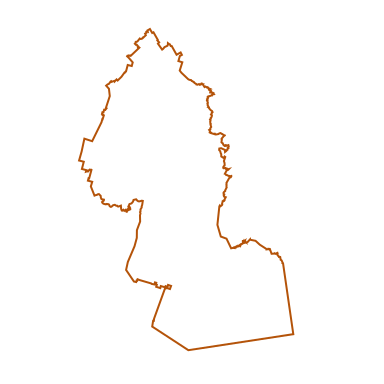 the district of Meander Valley, Tasmania, Australia, rotated 276°
{"feature_id": "25037944B18161391001525", "entity_name": "Meander Valley", "entity_type": "district", "adm_level": 2, "iso_a3": "AUS", "parent_name": "Australia", "parent_adm1": "Tasmania", "projection": "orthographic", "projection_center": [146.595, -41.65], "detail": "fine", "context": "isolated", "style": "outline", "palette": "amber", "viewbox_px": 384, "rotation_deg": 276, "n_neighbors": 0, "source": "geoboundaries", "source_scale": "gbopen_adm2", "svg_char_len": 6078}
<svg xmlns="http://www.w3.org/2000/svg" viewBox="0 0 384 384"><g transform="rotate(276 192 192)"><path d="M251.0,219.2L251.8,218.6L251.8,217.9L252.9,215.9L252.9,215.4L253.6,214.3L253.2,213.1L252.4,212.2L251.7,209.8L251.7,209.3L252.4,208.7L252.3,208.2L251.9,208.2L252.6,204.5L253.0,204.6L253.2,203.4L254.2,203.6L255.5,202.6L256.2,203.7L257.3,203.5L258.7,204.3L261.0,203.3L261.6,203.6L262.0,203.1L264.1,202.7L264.8,203.0L266.0,202.3L266.8,203.1L267.6,202.9L268.1,203.4L269.0,203.7L270.4,203.8L271.0,202.8L272.5,203.5L272.9,203.4L273.6,204.1L274.6,203.5L275.4,202.0L277.0,200.3L277.5,200.2L278.0,199.3L278.3,199.7L280.1,198.4L281.2,198.5L281.5,198.1L282.7,198.4L284.5,197.4L284.7,197.8L285.6,197.4L285.7,197.8L286.9,197.6L287.1,198.1L288.0,198.3L288.5,197.8L288.8,198.1L289.6,200.5L290.4,201.4L290.3,201.8L291.0,201.9L291.5,203.5L291.9,203.1L292.5,203.2L292.9,202.3L292.9,199.7L293.6,199.8L293.7,200.4L294.0,200.5L294.7,199.5L295.2,199.9L295.5,198.1L296.6,197.8L296.7,198.1L296.9,197.4L297.5,197.2L297.4,196.2L297.9,196.0L297.8,195.5L298.3,194.3L297.7,193.5L299.8,191.8L300.3,191.9L300.2,191.3L301.0,190.4L300.7,189.8L300.0,189.8L299.4,188.6L300.1,187.7L299.3,186.3L299.4,185.2L299.8,185.1L300.7,183.1L301.5,182.5L301.5,182.0L302.3,180.9L302.4,180.1L303.2,179.4L303.3,177.6L303.8,176.4L309.5,169.0L311.5,167.1L320.0,168.8L320.8,164.8L326.0,165.7L327.3,167.6L329.6,166.1L326.9,162.3L335.0,156.6L334.9,155.6L336.5,154.6L336.8,154.0L336.1,154.8L337.5,152.5L336.0,152.6L334.9,152.3L333.2,149.5L331.4,148.4L330.5,147.4L336.0,142.6L337.4,143.7L339.1,141.7L339.7,142.1L346.8,137.0L346.0,135.8L349.7,133.1L348.0,130.8L346.8,131.2L347.0,130.5L346.6,129.8L345.5,130.0L344.6,128.8L343.1,129.7L340.0,127.0L340.2,126.9L339.5,126.4L338.8,125.2L338.8,124.8L339.2,124.0L336.2,122.1L335.6,121.3L335.5,120.5L335.1,120.2L334.2,120.3L333.5,119.7L332.5,120.9L332.6,121.8L332.0,122.4L330.9,122.8L331.9,123.7L330.6,123.2L330.0,124.5L321.0,116.8L321.4,116.1L320.9,115.3L321.2,114.5L320.5,113.3L320.7,112.6L318.9,115.0L314.7,119.5L311.0,118.9L311.6,114.8L305.1,113.8L305.1,113.5L303.5,112.6L303.6,112.3L299.2,109.8L295.1,106.4L296.1,105.2L293.8,103.5L294.4,103.2L293.0,100.2L293.7,99.9L293.5,99.6L290.8,98.0L290.2,96.8L288.8,95.5L286.0,98.6L278.8,100.2L266.2,97.5L266.1,98.1L264.5,97.1L264.6,96.0L262.0,95.6L262.0,94.6L260.1,94.3L259.7,95.2L259.2,95.1L259.0,96.3L255.0,95.5L255.1,95.2L251.9,94.7L232.1,87.4L233.8,79.4L220.7,78.0L211.5,76.4L210.8,81.2L203.4,80.1L202.7,84.6L201.1,84.4L201.4,85.0L201.6,86.6L202.3,87.0L202.6,86.8L202.8,87.3L203.5,87.8L203.3,88.2L203.7,89.2L203.5,89.7L194.8,88.3L194.9,87.7L192.4,87.3L191.7,91.7L187.0,90.8L178.2,95.4L178.9,96.7L179.1,97.6L179.8,98.4L180.2,99.6L178.6,101.6L176.9,101.9L175.4,102.8L175.2,105.2L174.3,105.2L172.6,103.6L171.9,104.0L171.1,105.1L170.7,107.2L171.1,107.9L170.9,108.5L171.1,109.2L171.1,108.4L171.2,108.7L171.1,110.4L170.8,110.8L169.2,111.7L168.7,112.9L169.2,113.7L170.6,114.9L171.2,116.6L170.4,118.1L170.5,119.1L169.9,119.6L169.8,120.3L171.0,122.7L167.8,123.3L166.2,124.1L166.1,124.5L167.2,125.6L166.2,126.6L167.3,127.8L165.7,128.6L165.5,129.2L166.5,129.6L168.1,129.7L168.7,130.3L168.3,131.5L167.8,131.5L168.3,132.4L169.5,132.2L170.7,131.4L170.5,130.5L170.7,130.2L173.5,131.1L174.3,133.0L176.2,134.3L178.0,134.7L178.9,137.2L177.6,138.6L177.1,139.7L177.2,140.8L178.1,143.0L178.0,144.0L174.0,143.8L172.2,143.4L171.7,143.6L170.4,143.2L169.4,142.6L167.2,142.8L166.6,142.4L165.3,143.0L163.4,142.7L157.2,143.5L148.3,141.2L140.6,141.9L132.0,140.5L115.7,135.5L107.6,134.6L96.9,143.6L96.6,145.9L98.2,146.2L98.1,146.8L99.5,147.0L99.0,148.8L96.8,161.0L96.4,161.4L96.1,164.3L98.2,164.6L98.0,165.9L96.3,165.5L96.1,166.7L94.0,166.3L93.1,170.5L95.2,170.8L94.4,175.4L95.6,175.6L95.2,177.6L97.1,177.9L96.4,181.0L93.2,180.2L93.9,177.0L92.8,175.1L62.0,167.5L59.9,167.5L59.9,166.8L54.0,166.5L34.3,204.9L61.2,307.6L130.6,290.0L130.8,289.4L131.1,289.5L133.0,288.5L133.6,288.0L133.8,287.3L136.6,286.5L136.7,285.9L136.5,285.3L137.1,285.0L137.4,284.4L139.2,282.9L139.7,283.6L140.4,283.3L139.2,281.3L139.7,280.5L139.3,280.0L138.9,277.6L143.2,275.5L142.9,275.0L143.2,274.7L143.2,274.1L143.5,274.3L143.5,273.7L143.0,273.5L142.7,272.2L143.0,272.2L146.7,264.9L150.1,260.3L150.6,254.8L151.0,254.7L147.9,252.4L147.9,252.0L147.3,250.6L147.6,250.6L147.6,250.1L147.8,250.3L147.7,250.5L148.0,250.3L148.4,250.6L148.1,250.3L148.0,249.9L148.1,249.6L148.6,249.5L148.3,249.9L148.9,249.9L148.6,249.3L148.9,249.4L148.3,248.7L148.7,248.5L148.6,247.7L147.3,247.8L147.7,248.3L147.3,248.2L147.2,248.5L147.8,248.7L147.5,248.8L147.7,249.4L147.1,249.4L146.7,248.8L147.0,248.5L146.7,248.5L145.6,247.3L145.4,246.3L143.9,245.8L144.6,245.4L142.5,242.9L142.7,242.3L142.4,242.1L142.3,242.6L142.0,241.8L141.6,241.5L141.5,241.0L141.8,241.2L141.7,241.3L142.1,241.4L141.3,240.4L141.2,239.8L141.4,239.6L140.9,239.0L140.7,239.2L140.7,238.6L140.1,236.8L149.2,231.2L150.7,225.3L162.0,220.7L180.6,220.7L181.5,221.1L180.8,221.8L181.9,223.0L182.6,223.4L183.8,223.1L185.6,223.6L186.0,223.4L186.6,224.0L186.4,224.6L186.5,224.9L187.3,225.3L187.8,225.1L190.3,226.1L190.5,224.8L191.4,224.4L191.4,224.1L192.3,223.8L193.1,224.3L193.6,223.6L194.4,223.4L195.2,223.7L196.4,224.9L197.0,224.8L200.2,226.0L200.7,225.7L202.1,225.7L202.7,225.4L203.4,225.6L204.6,225.3L209.9,227.6L210.7,229.0L212.0,229.6L212.2,230.2L212.2,229.6L211.7,228.9L211.9,227.4L211.8,226.6L212.5,225.1L212.4,224.3L213.5,223.2L213.6,222.8L217.2,224.3L217.8,225.6L218.7,226.3L218.2,225.0L219.0,224.3L219.1,223.5L218.7,223.2L219.4,222.7L219.1,221.9L219.3,221.3L219.0,221.0L219.3,220.5L220.4,220.6L222.1,221.7L224.3,221.3L226.1,220.5L230.3,221.4L230.7,220.7L229.7,220.3L229.2,219.8L230.4,217.4L232.7,217.1L233.6,216.5L235.5,215.8L236.6,214.6L238.1,214.6L238.6,216.4L237.2,220.6L236.0,220.9L235.8,220.6L235.3,220.7L236.5,221.9L237.3,222.1L237.6,222.8L239.3,222.9L239.2,223.4L239.5,223.7L240.2,223.3L241.1,223.8L242.4,223.3L242.0,222.5L242.1,220.7L241.4,220.8L241.2,219.6L242.3,218.2L243.7,217.5L244.0,216.7L244.5,216.1L247.4,216.2L247.8,215.8L248.2,215.9L250.2,217.3L251.3,217.7L251.5,218.6L251.0,219.2Z" fill="none" stroke="#b45309" stroke-width="2"/></g></svg>